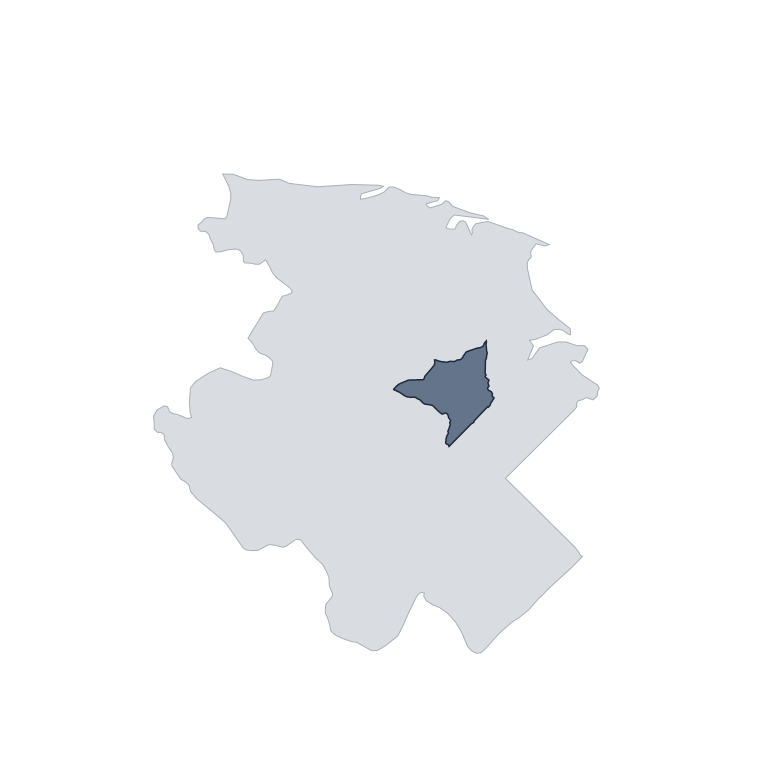 location of Abanga-Bignè, Moyen-Ogooué, Gabon, rotated 135°
{"feature_id": "22940354B65697742744176", "entity_name": "Abanga-Bignè", "entity_type": "district", "adm_level": 2, "iso_a3": "GAB", "parent_name": "Gabon", "parent_adm1": "Moyen-Ogooué", "projection": "robinson", "projection_center": [10.966, -0.21], "detail": "fine", "context": "in_parent", "style": "filled", "palette": "slate", "viewbox_px": 768, "rotation_deg": 135, "n_neighbors": 0, "source": "geoboundaries", "source_scale": "gbopen_adm2", "svg_char_len": 6401}
<svg xmlns="http://www.w3.org/2000/svg" viewBox="0 0 768 768"><g transform="rotate(135 384 384)"><path d="M510.8,133.4L510.5,139.3L504.6,153.7L501.8,164.9L501.1,176.7L502.7,186.3L505.6,193.1L507.4,200.5L506.0,205.7L503.1,207.9L505.1,210.5L509.4,211.1L516.7,208.8L528.0,204.9L542.7,199.2L552.4,196.1L568.4,198.0L577.0,200.2L581.4,204.2L586.1,221.2L588.5,223.8L592.3,231.1L595.6,239.8L596.3,244.2L595.9,247.4L592.7,252.1L589.0,259.0L587.7,263.2L584.7,266.3L580.8,269.3L570.1,270.6L568.5,272.4L565.5,279.8L559.8,286.0L557.3,291.9L555.0,299.8L555.4,309.5L554.3,323.5L553.2,333.0L556.0,336.3L568.8,338.7L571.3,340.5L574.6,346.4L579.0,351.9L590.7,355.4L595.2,359.7L598.9,364.3L599.4,368.1L596.7,383.3L594.2,397.9L595.1,409.1L596.1,419.7L597.5,435.2L596.8,444.6L593.5,450.4L593.5,454.9L595.0,460.4L592.1,475.4L590.2,478.0L585.0,480.8L582.2,484.8L581.3,491.2L578.5,499.9L575.6,503.1L575.6,507.1L578.4,510.1L578.3,514.6L573.1,520.0L570.0,524.1L563.0,526.1L555.0,524.0L553.1,521.0L555.1,516.3L554.4,512.6L551.7,508.7L547.4,498.5L543.6,496.4L541.5,500.5L535.0,508.2L523.6,518.1L515.6,518.9L500.7,515.9L488.3,511.2L482.5,499.6L478.8,490.1L473.6,479.0L467.6,473.7L461.2,470.3L458.4,470.1L449.3,476.3L446.6,478.7L446.6,483.9L447.5,488.7L448.9,491.1L450.1,494.2L449.9,499.0L448.2,505.4L447.7,512.6L419.2,519.5L414.3,517.0L410.7,513.8L406.4,514.4L394.0,518.0L389.5,515.5L385.0,513.6L382.9,515.2L382.7,518.2L384.8,535.0L384.2,541.4L381.4,549.7L379.9,555.4L387.5,556.9L390.2,559.6L392.9,563.8L396.5,567.7L396.8,570.1L392.6,574.5L391.2,579.9L393.2,584.1L398.3,588.5L405.8,593.0L409.5,596.0L409.1,598.8L405.6,604.6L404.3,609.5L401.9,614.0L402.4,618.1L405.8,621.9L405.4,625.4L403.1,628.0L398.5,627.4L394.5,627.8L391.0,626.7L379.9,613.5L377.4,613.1L361.3,623.3L357.3,627.5L354.0,633.5L349.6,646.5L342.3,638.9L335.9,625.0L328.6,616.5L313.1,602.7L309.0,592.6L291.3,570.2L265.8,547.9L247.4,528.5L244.6,524.2L247.7,524.7L265.5,534.4L267.9,533.3L270.0,531.1L262.3,526.1L255.0,522.1L248.1,519.6L241.2,519.8L237.4,515.7L234.9,509.5L233.6,504.1L230.5,498.5L220.8,487.0L218.4,482.6L213.1,476.5L216.3,475.7L226.8,481.5L227.7,479.2L226.8,475.8L216.3,470.3L210.6,469.9L209.3,466.1L210.0,461.6L202.5,444.8L194.7,432.3L193.5,426.4L214.6,453.6L217.4,454.1L221.1,453.9L229.8,450.8L228.1,447.2L224.2,443.3L220.4,445.0L215.4,445.4L212.8,443.8L211.7,441.0L216.6,427.7L214.5,428.4L212.9,430.8L210.2,431.9L206.0,432.6L195.6,425.5L186.4,406.3L184.0,402.4L181.6,395.7L179.1,393.0L168.6,365.8L172.6,367.8L177.4,375.7L186.7,374.0L190.4,369.4L193.6,369.6L196.8,368.6L200.9,364.3L212.9,345.5L216.0,320.8L215.0,306.1L213.2,291.5L217.2,286.9L218.8,289.9L219.5,295.1L221.4,298.9L225.6,302.4L233.6,303.3L245.8,308.7L250.1,312.1L251.3,305.3L265.4,299.4L261.2,297.3L248.6,299.6L231.5,290.9L225.8,285.3L220.5,274.8L215.0,269.3L215.3,264.3L227.7,259.7L230.9,260.3L232.2,265.7L235.6,267.9L236.8,267.2L237.4,262.5L237.4,250.1L233.7,232.2L234.8,228.7L238.2,227.5L241.2,225.1L243.3,224.7L247.5,225.1L249.6,229.3L250.7,231.5L254.9,232.6L258.4,234.8L261.3,234.2L263.8,231.6L267.4,231.1L278.7,231.1L288.8,231.2L309.1,231.3L329.3,231.3L349.6,231.4L364.9,231.5L364.8,221.2L364.7,205.5L364.6,186.8L364.6,169.0L364.5,152.4L364.4,132.9L365.2,127.3L366.2,124.9L365.8,121.7L381.5,121.5L409.9,122.9L422.3,122.7L425.8,123.0L441.3,122.0L453.9,123.3L459.2,124.6L464.0,125.3L479.1,126.2L498.7,125.1L505.3,125.4L509.0,128.1L510.8,133.4Z" fill="#d9dde1" stroke="#a8b0b8" stroke-width="1"/><path d="M281.2,342.1L282.3,342.1L284.2,341.9L285.3,341.4L286.2,341.0L287.2,340.8L287.9,340.8L288.7,341.1L289.4,341.3L290.4,341.8L291.4,342.5L292.2,343.2L295.8,345.0L299.0,346.6L301.4,347.7L302.3,348.3L303.2,348.4L304.1,348.4L305.0,348.2L306.9,347.9L308.2,347.7L309.1,347.2L310.0,347.1L311.7,347.0L312.6,347.2L313.2,347.5L314.8,348.9L315.8,349.4L317.2,349.7L318.2,350.0L318.5,350.3L319.3,351.1L320.3,352.3L321.0,353.1L321.5,353.5L322.0,353.8L323.0,354.3L324.2,354.9L324.8,355.5L325.4,356.6L326.7,358.0L327.9,359.7L328.9,361.3L329.6,362.6L330.0,363.7L330.7,364.9L331.2,365.3L331.8,364.6L332.4,363.8L333.2,363.0L334.2,362.3L336.1,361.7L339.9,361.3L347.3,360.8L348.8,360.7L349.9,360.5L350.7,360.0L351.5,359.6L352.4,359.3L353.6,359.5L354.5,360.5L355.7,361.7L357.3,363.3L359.1,364.7L360.1,365.8L361.7,367.4L363.5,368.9L364.1,369.6L366.3,370.4L368.9,371.5L372.0,372.8L374.1,373.4L375.9,373.6L378.7,373.6L380.9,373.5L381.0,373.3L380.9,372.1L380.5,371.7L380.2,371.3L380.1,370.6L379.9,369.5L379.2,368.3L378.8,366.7L378.4,364.9L378.1,363.1L377.8,361.3L377.2,359.6L376.4,358.0L375.3,356.9L375.0,356.1L374.4,355.5L373.4,354.8L372.5,353.8L371.5,352.8L371.1,351.7L370.9,350.5L370.4,348.9L369.9,347.8L369.7,346.7L369.8,345.7L369.9,344.7L369.8,343.3L369.6,341.8L369.2,340.6L368.4,339.8L367.8,338.8L366.5,337.3L365.9,336.0L365.2,335.1L364.9,334.6L364.8,333.4L364.8,331.4L364.8,327.9L364.7,324.8L364.4,322.8L364.2,321.8L363.8,321.2L363.3,321.0L362.2,320.7L361.5,320.3L360.9,319.7L360.6,318.8L360.4,318.0L360.7,317.1L361.0,316.2L361.5,315.6L361.9,314.8L362.2,314.2L362.3,313.3L362.5,312.2L362.6,311.4L363.1,310.8L363.7,310.6L364.3,310.5L364.9,310.2L365.2,309.8L365.6,308.9L366.0,308.4L366.7,308.0L367.9,307.5L369.0,306.8L370.0,306.3L372.1,305.5L372.6,305.0L372.8,304.3L373.4,303.6L375.2,303.2L376.8,302.6L378.2,301.8L379.6,300.7L380.3,300.0L381.7,299.2L382.0,298.6L382.2,298.1L382.2,297.5L382.1,296.8L381.8,296.3L381.6,296.0L381.5,295.5L381.6,295.0L382.0,294.5L382.2,293.8L379.3,293.9L361.8,294.0L350.5,294.1L349.6,293.9L349.0,293.6L347.9,293.5L347.1,293.6L346.5,294.1L345.6,294.2L338.0,294.4L326.8,294.6L326.7,293.8L325.6,293.8L323.8,294.0L323.1,294.4L322.4,294.8L321.2,295.2L319.2,295.4L318.5,295.8L316.9,296.0L316.0,296.4L315.9,297.1L316.1,297.7L316.2,298.5L315.7,299.3L315.0,299.8L314.5,300.1L314.0,301.1L313.7,302.1L313.7,303.1L313.8,303.7L314.1,304.5L314.6,305.6L314.3,306.6L313.9,307.5L313.4,308.0L312.7,308.2L311.9,308.1L311.4,308.2L310.9,308.8L310.5,309.7L310.2,310.5L309.4,311.5L308.6,311.8L307.6,312.1L307.0,312.6L307.0,313.5L307.2,314.4L307.4,316.2L307.4,317.1L307.1,317.8L306.5,318.1L305.5,318.2L305.3,318.6L305.1,319.5L304.7,320.3L303.9,321.1L302.6,322.2L300.9,323.9L299.8,324.9L298.5,326.1L296.1,328.5L295.1,329.3L294.1,329.5L293.3,329.8L292.6,330.5L291.2,331.6L290.3,332.0L289.5,332.7L288.9,333.1L288.5,333.9L288.1,334.7L287.4,335.6L286.7,336.3L285.7,337.6L284.9,338.6L284.3,339.4L283.4,340.0L282.8,340.5L282.1,341.1L281.2,342.1Z" fill="#64748b" stroke="#1e293b" stroke-width="1.5"/></g></svg>